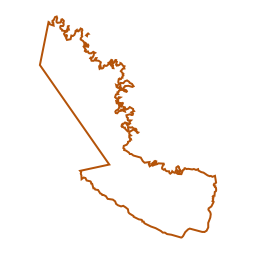 West Makira, Makira, Solomon Islands, rotated 186°
{"feature_id": "97153195B7459502303210", "entity_name": "West Makira", "entity_type": "district", "adm_level": 2, "iso_a3": "SLB", "parent_name": "Solomon Islands", "parent_adm1": "Makira", "projection": "orthographic", "projection_center": [161.497, -10.428], "detail": "fine", "context": "isolated", "style": "outline", "palette": "amber", "viewbox_px": 256, "rotation_deg": 186, "n_neighbors": 0, "source": "geoboundaries", "source_scale": "gbopen_adm2", "svg_char_len": 5911}
<svg xmlns="http://www.w3.org/2000/svg" viewBox="0 0 256 256"><g transform="rotate(186 128 128)"><path d="M222.2,181.4L142.8,89.7L171.1,80.4L170.0,79.4L170.2,77.7L169.4,76.0L168.8,72.3L166.9,74.1L165.1,73.8L163.7,71.5L159.8,71.0L159.0,70.1L158.8,68.9L157.8,68.7L156.1,64.4L155.0,64.5L154.2,63.4L151.3,63.2L148.7,60.0L147.4,59.7L146.6,58.7L145.3,58.8L142.9,57.9L140.8,55.4L135.6,55.2L133.1,53.7L131.9,51.3L129.9,50.1L126.7,49.3L124.6,50.1L122.2,48.9L119.6,47.2L118.7,44.1L117.6,43.1L113.4,41.1L113.1,40.3L107.7,38.3L104.9,38.1L104.2,37.5L104.0,36.4L102.6,36.5L101.9,35.2L100.8,34.6L94.8,32.4L90.1,31.3L84.5,29.0L82.5,27.6L80.4,27.8L78.0,26.6L73.7,26.4L63.7,24.6L63.0,24.9L61.9,26.3L60.2,30.4L57.7,33.4L56.1,34.4L43.4,32.4L41.0,32.6L39.1,34.1L37.8,37.5L38.3,42.0L36.8,47.5L36.7,51.0L37.4,52.8L39.5,55.1L39.4,56.5L36.9,58.7L35.2,63.1L35.2,63.7L36.3,64.1L35.8,65.5L36.3,66.4L35.7,67.5L36.6,68.5L36.1,69.4L34.9,69.6L35.0,73.5L34.0,74.3L33.8,75.4L34.2,77.6L35.3,78.3L35.1,79.2L36.5,79.7L36.8,80.4L36.4,81.6L35.5,81.8L34.7,82.9L36.5,89.5L39.0,88.3L40.6,89.0L41.6,88.6L43.9,89.2L48.2,91.5L50.5,91.8L53.5,93.0L54.0,94.4L55.9,93.4L58.2,94.1L59.8,93.5L63.7,93.7L65.6,93.3L67.1,94.0L67.6,93.8L67.9,92.6L68.9,91.9L70.1,87.7L73.5,87.5L76.2,88.7L78.1,88.6L79.5,89.6L79.9,88.2L81.2,87.0L82.2,87.8L82.6,89.2L85.0,89.1L86.1,89.6L87.0,91.0L88.1,90.2L89.8,91.1L90.0,92.2L89.2,95.0L88.5,95.4L88.8,96.3L94.3,96.0L95.0,95.2L96.8,94.5L97.5,95.5L96.5,96.6L96.4,97.8L97.6,98.1L98.5,97.4L98.5,96.3L99.2,96.1L97.7,94.2L99.2,93.3L100.0,95.9L100.3,94.3L101.0,94.4L100.8,93.5L102.4,92.2L103.5,94.2L103.1,96.4L107.9,95.2L109.9,96.7L112.2,99.9L119.8,101.2L121.8,102.5L123.5,102.3L124.4,103.6L127.6,105.3L129.5,105.7L129.3,106.7L130.5,107.5L130.3,109.8L127.6,111.2L126.4,113.2L126.5,114.3L124.8,115.1L124.7,116.7L123.7,116.8L123.9,117.4L125.7,118.6L125.9,120.3L124.4,120.9L126.2,122.3L126.2,124.2L122.6,126.9L120.6,126.9L119.7,127.6L120.1,128.0L122.4,128.1L123.9,129.2L125.0,128.7L127.3,128.9L128.0,128.4L127.0,125.0L127.9,124.6L130.6,126.8L131.1,128.0L132.0,127.8L133.0,128.5L133.9,128.3L134.6,129.1L134.0,129.9L134.5,130.3L134.4,130.9L133.6,131.7L133.0,131.6L131.5,133.2L129.3,132.7L130.0,131.9L128.7,130.4L127.9,131.8L127.3,131.8L127.0,132.6L126.4,132.8L127.2,134.3L125.9,135.8L128.9,135.7L129.3,136.8L129.1,137.9L130.3,138.7L130.9,140.5L127.5,141.9L125.9,141.3L124.8,141.5L124.5,142.7L126.3,143.9L123.8,145.4L124.7,146.1L124.9,147.4L128.4,149.0L129.9,147.2L131.6,146.3L133.0,147.4L133.2,148.2L134.6,148.5L134.6,147.3L133.9,146.8L132.8,144.1L134.8,144.7L134.9,145.3L136.7,145.5L136.7,144.4L138.7,143.8L140.3,141.5L141.7,141.6L142.3,142.8L141.9,143.9L139.4,145.8L138.8,148.0L139.8,151.2L141.8,151.4L142.5,153.5L139.7,153.2L140.6,153.7L141.0,154.9L140.5,156.2L138.8,157.6L140.3,157.7L141.6,155.4L144.1,157.3L143.5,160.0L141.7,160.6L142.3,161.0L142.2,162.4L141.3,162.4L141.0,163.9L139.6,164.9L140.2,165.3L140.7,167.9L141.4,166.9L142.2,166.9L143.6,167.6L144.0,168.8L143.4,168.6L143.8,169.3L143.1,169.0L141.5,170.9L142.5,172.7L142.3,175.7L141.6,176.3L140.8,175.7L140.1,175.9L139.2,177.8L138.8,177.7L138.9,178.9L138.1,179.7L138.9,180.9L138.3,181.4L141.1,183.8L139.3,186.5L137.8,186.8L138.4,188.3L138.0,189.0L139.4,189.3L141.4,191.5L142.3,191.8L142.2,191.0L143.2,189.9L144.4,189.2L145.1,189.5L145.6,188.9L146.5,189.7L146.0,192.8L147.5,193.3L150.6,189.2L149.4,188.5L149.5,187.5L148.8,186.0L149.5,186.0L150.3,188.0L151.0,188.1L152.0,189.2L152.0,190.1L152.5,190.1L152.4,191.1L151.1,191.7L150.4,192.9L150.8,193.8L151.7,194.0L153.2,191.2L154.3,190.8L154.1,189.3L155.4,187.8L156.4,187.4L158.0,187.9L158.7,187.1L158.5,186.2L159.2,184.9L160.2,184.4L161.4,184.7L162.4,183.9L163.1,185.9L163.0,186.5L161.7,186.4L162.3,188.2L161.9,190.5L164.2,191.8L167.5,191.8L166.7,194.2L167.4,194.1L168.4,191.9L169.4,191.2L171.3,191.1L171.8,192.2L171.7,193.2L172.8,193.4L172.4,194.2L170.6,194.4L169.7,196.8L169.7,198.5L168.6,199.3L170.5,200.1L172.3,198.5L174.3,198.2L175.2,198.7L175.8,199.9L177.6,199.3L179.0,200.1L178.8,201.1L178.1,201.4L180.7,204.4L180.0,205.5L180.2,206.9L179.0,206.7L178.5,204.8L176.2,204.6L176.0,206.1L176.5,206.8L177.4,206.5L179.1,208.2L180.9,208.8L181.9,209.9L184.3,211.1L184.4,212.2L183.1,214.5L183.8,215.3L183.5,216.9L184.1,218.9L183.6,220.4L184.0,221.5L185.5,222.0L186.4,219.8L187.4,219.8L187.6,219.0L188.9,219.1L189.2,220.1L190.4,218.9L190.2,217.8L191.1,214.9L192.5,213.7L194.0,214.0L194.4,210.3L197.9,209.2L199.1,211.2L198.5,212.2L198.4,213.7L199.1,214.0L200.2,213.0L201.5,214.9L200.8,216.5L198.6,217.7L198.0,219.6L197.1,219.7L197.9,221.7L198.4,221.5L198.8,219.5L199.8,217.8L203.7,218.0L203.8,218.9L205.4,219.7L206.0,221.2L205.7,222.5L203.3,222.6L202.9,223.4L202.8,224.7L203.7,225.9L203.0,226.8L203.1,228.0L204.8,229.3L205.6,228.9L205.7,226.8L206.2,225.9L209.2,225.2L210.1,225.9L210.4,227.0L209.9,229.9L210.6,231.4L212.1,230.7L213.2,227.6L214.3,226.8L214.2,225.4L213.4,225.2L213.1,223.9L213.5,223.5L213.0,223.4L212.7,222.1L216.6,223.0L217.3,224.7L218.1,225.1L222.2,181.4ZM140.4,171.3L139.7,167.9L138.5,166.5L138.2,165.2L136.7,165.3L135.7,164.3L133.3,163.8L132.9,164.4L133.8,165.4L136.6,166.0L136.5,167.9L135.5,168.6L135.3,169.4L132.0,170.0L128.0,169.3L126.8,170.1L128.7,172.3L131.1,173.1L131.6,174.0L133.9,175.2L135.9,174.2L137.3,172.1L140.0,172.1L140.4,171.3ZM75.8,93.8L75.6,91.4L74.9,91.3L73.7,89.4L72.7,90.7L72.0,89.2L71.2,91.1L72.8,92.9L73.3,94.6L74.2,95.2L75.8,93.8ZM137.6,148.7L136.8,148.6L135.4,153.0L137.1,150.4L137.6,148.7ZM179.3,215.8L178.4,215.2L178.2,216.7L178.5,216.8L179.3,215.8ZM138.9,152.0L137.9,151.3L137.5,151.8L137.6,152.1L138.9,152.0ZM147.8,193.8L147.1,193.8L147.0,194.3L147.6,194.3L147.8,193.8ZM198.4,222.8L198.0,222.2L197.7,223.1L198.1,223.1L198.4,222.8ZM120.3,126.0L119.4,125.5L119.1,125.8L119.8,126.3L120.3,126.0ZM76.0,91.0L76.1,89.8L75.7,90.3L76.0,91.0ZM118.3,124.3L117.8,124.1L117.4,124.6L118.0,124.7L118.3,124.3ZM177.6,217.8L178.1,217.2L177.2,217.5L177.6,217.8Z" fill="none" stroke="#b45309" stroke-width="2"/></g></svg>